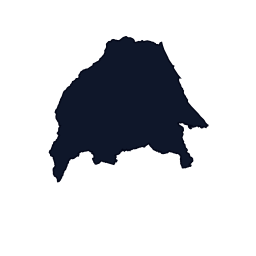 Grey District, West Coast, New Zealand, rotated 131°
{"feature_id": "76426892B91014587529392", "entity_name": "Grey District", "entity_type": "district", "adm_level": 2, "iso_a3": "NZL", "parent_name": "New Zealand", "parent_adm1": "West Coast", "projection": "natural_earth1", "projection_center": [171.596, -42.409], "detail": "fine", "context": "isolated", "style": "filled", "palette": "ink", "viewbox_px": 256, "rotation_deg": 131, "n_neighbors": 0, "source": "geoboundaries", "source_scale": "gbopen_adm2", "svg_char_len": 5828}
<svg xmlns="http://www.w3.org/2000/svg" viewBox="0 0 256 256"><g transform="rotate(131 128 128)"><path d="M73.9,69.3L73.5,69.7L73.7,70.2L73.5,73.1L72.7,75.2L72.4,76.7L72.2,81.0L71.5,84.5L70.6,94.5L69.7,99.7L69.2,100.7L67.9,101.6L67.9,102.2L67.5,103.1L67.2,104.5L66.8,105.4L66.5,105.7L66.6,106.2L66.0,108.3L64.9,109.9L63.7,110.6L63.4,112.0L62.7,112.7L62.7,113.6L62.3,115.2L61.3,116.5L60.5,118.8L59.5,120.7L58.6,121.7L57.7,122.2L56.3,122.4L56.0,121.9L55.5,125.1L53.4,132.5L52.5,134.0L51.6,134.0L51.3,134.3L52.0,134.9L50.3,141.3L49.3,144.0L49.1,144.0L45.7,152.2L43.3,156.3L41.5,158.8L42.6,159.4L44.6,158.9L45.2,159.1L45.9,160.5L46.9,161.7L47.0,162.1L46.5,162.8L46.9,164.0L47.0,165.2L47.8,166.3L48.2,167.7L49.7,170.5L51.8,172.1L52.7,172.5L52.9,173.3L52.7,174.1L52.9,174.6L54.6,174.9L55.4,175.7L55.7,176.5L58.2,178.0L58.9,178.9L59.1,179.7L58.1,180.8L57.8,181.8L57.8,182.8L58.4,185.1L58.9,185.8L59.5,186.2L60.2,187.5L60.3,188.1L60.2,188.9L60.5,189.4L63.0,190.8L67.3,191.6L68.1,192.0L69.1,193.2L69.6,194.3L70.2,195.0L70.7,196.7L71.6,197.5L72.3,197.8L74.0,197.6L75.5,199.1L78.5,199.2L78.9,199.0L80.2,197.6L81.1,197.0L82.0,196.6L84.8,196.1L85.6,195.2L86.6,194.6L88.6,194.0L90.8,194.1L92.0,193.9L94.1,194.4L95.8,193.7L97.7,194.1L98.2,194.5L100.7,195.3L102.1,196.1L102.6,196.0L103.8,195.2L107.8,196.4L109.4,196.7L110.6,197.4L111.2,198.2L112.2,198.5L113.8,199.6L115.4,199.6L115.6,199.9L116.7,200.2L118.4,199.7L120.1,199.6L120.9,199.1L120.9,198.5L121.2,198.1L122.2,197.9L123.8,198.2L124.7,199.3L126.4,199.1L128.0,199.4L129.4,200.1L131.1,199.4L132.8,199.5L134.3,198.9L136.2,199.7L137.7,199.9L139.7,199.5L142.2,200.1L143.8,199.7L147.3,198.2L150.6,197.5L152.0,196.7L153.0,196.6L155.1,195.5L156.9,195.2L158.7,194.4L161.1,193.8L161.4,194.1L162.2,193.9L163.1,193.3L163.7,193.3L164.2,191.1L166.6,189.7L167.8,188.4L168.7,185.5L169.0,185.0L169.0,183.7L170.2,182.8L171.0,181.6L171.0,181.1L170.6,180.6L171.9,180.1L173.4,180.0L175.9,178.0L178.2,177.9L178.4,176.7L178.7,176.3L178.5,175.0L181.0,174.6L182.2,173.9L183.9,174.1L184.6,173.9L185.2,173.5L185.8,173.6L186.2,174.1L187.3,174.5L189.3,173.3L190.4,173.6L190.9,173.1L194.9,171.6L195.6,171.5L196.0,171.9L196.6,171.9L197.9,171.3L198.5,169.1L199.4,168.2L198.7,165.9L198.8,165.4L199.6,164.4L200.1,164.1L200.3,163.0L200.7,162.8L202.4,160.1L203.5,159.1L203.6,158.7L204.3,157.8L205.5,157.7L206.1,157.2L207.0,157.8L208.0,157.4L209.4,156.1L209.9,155.3L210.9,154.6L211.6,153.9L211.8,153.2L212.3,152.3L212.4,151.9L212.0,150.7L212.1,149.3L213.0,147.4L213.6,146.7L214.1,146.5L214.5,145.8L213.5,145.1L212.4,145.2L211.8,145.1L210.2,145.6L209.4,145.6L209.3,145.9L208.6,146.0L208.5,146.4L207.7,146.6L207.0,146.2L206.5,146.3L204.5,147.5L203.6,147.6L202.4,148.3L200.3,148.1L197.3,149.3L196.6,149.3L195.5,150.3L194.5,150.2L193.1,150.5L192.1,151.3L191.6,151.5L190.1,151.2L189.4,151.5L188.3,151.3L187.5,149.9L186.4,149.1L183.0,148.4L182.1,148.0L181.6,147.2L180.0,148.0L179.9,148.9L178.4,148.6L177.9,148.3L177.1,148.4L176.0,147.7L175.8,146.9L174.6,146.1L173.8,145.8L172.8,144.6L172.0,144.3L171.5,143.7L170.9,143.4L170.4,142.3L170.5,141.1L170.0,140.0L169.4,139.5L170.7,138.7L170.7,137.9L170.0,137.3L170.9,135.8L172.3,134.2L172.8,133.9L174.0,134.5L174.4,134.4L175.1,133.0L175.3,132.1L176.0,131.4L176.0,130.4L176.5,129.4L176.5,129.0L175.8,128.2L174.2,127.5L173.7,127.0L170.4,126.8L169.6,125.7L169.6,124.8L168.8,123.6L168.2,123.2L168.5,122.6L168.3,122.2L167.4,121.9L167.5,121.0L164.7,114.9L163.2,115.2L162.4,115.9L161.6,115.3L161.2,115.4L161.0,114.8L159.8,115.1L159.7,115.4L160.1,116.2L159.7,117.3L158.8,118.0L158.2,117.8L157.7,118.2L157.3,118.9L157.1,119.8L154.6,118.7L153.9,118.1L152.6,117.8L152.2,117.9L151.6,118.4L150.9,117.9L149.5,117.9L147.8,118.2L147.6,118.0L147.7,117.7L148.5,117.3L148.4,116.9L147.3,116.3L147.5,115.6L146.6,115.7L146.2,115.0L145.4,115.1L145.1,114.9L145.2,113.4L144.8,113.1L144.4,113.3L143.9,113.0L143.7,111.8L142.7,112.0L141.5,111.0L140.1,110.8L139.5,109.8L137.9,108.4L136.9,108.5L136.9,108.1L136.6,107.8L135.9,107.6L135.6,107.2L134.5,106.9L134.0,106.1L133.0,105.8L132.2,104.9L131.8,103.7L131.3,103.2L130.8,103.2L130.4,103.7L129.6,103.2L125.9,102.2L126.2,101.4L126.1,100.6L126.7,99.9L126.9,97.3L126.7,96.7L127.0,96.4L126.9,96.1L127.3,95.3L127.3,94.2L127.2,93.9L126.9,93.6L126.9,92.7L126.4,92.3L126.6,91.4L125.7,90.4L125.9,89.3L125.3,89.0L125.3,88.4L124.4,87.8L124.8,87.0L124.9,85.9L124.1,84.7L121.7,82.9L121.2,82.9L120.7,82.1L119.9,82.1L119.2,81.7L118.3,81.8L117.9,81.0L117.8,80.1L117.3,79.5L116.7,78.3L116.7,77.7L115.6,75.7L115.4,74.8L114.8,74.5L114.3,73.4L114.0,71.4L114.2,70.8L114.6,70.4L114.5,70.1L114.7,69.2L116.7,68.1L116.8,67.6L117.3,67.6L118.3,66.2L118.9,66.0L118.9,65.5L120.1,64.8L120.9,63.1L120.9,62.8L122.2,60.9L122.1,60.6L120.8,59.5L120.1,58.6L118.9,58.2L117.7,57.2L116.8,57.0L115.9,55.9L115.5,55.8L114.9,56.1L115.0,56.7L115.3,57.0L115.1,58.0L112.4,57.6L111.8,57.9L110.9,57.5L110.1,57.9L109.7,58.5L109.0,59.1L108.7,60.5L109.3,62.6L108.2,63.9L107.6,65.0L107.6,65.6L108.0,66.5L108.0,68.1L107.2,68.6L106.1,68.7L105.8,68.9L105.4,70.3L105.4,71.8L103.4,74.2L103.4,75.3L103.1,75.9L103.2,76.6L101.8,77.3L101.4,78.8L99.8,81.4L96.9,82.4L96.2,83.1L95.7,84.6L95.2,84.9L94.1,84.5L93.6,84.7L91.9,86.4L91.8,88.1L92.1,88.6L92.0,89.2L92.2,90.2L92.6,91.0L91.6,93.4L90.1,92.8L89.6,91.7L88.3,90.9L88.0,90.2L87.4,89.5L87.9,88.3L87.8,87.9L87.3,87.0L87.1,87.0L87.2,86.8L86.9,86.5L86.7,85.7L86.3,85.6L86.0,84.1L87.3,83.0L87.6,81.3L87.4,80.4L87.1,80.2L87.1,80.6L86.7,80.8L86.7,81.1L86.3,81.4L86.0,81.1L86.0,81.5L85.5,81.7L86.0,82.6L85.2,82.8L84.8,82.1L85.2,81.8L84.7,81.8L84.3,81.5L84.5,81.1L84.4,80.6L84.6,80.2L84.4,80.0L84.5,79.5L83.3,78.8L83.1,78.4L81.5,77.8L80.8,76.8L80.3,76.4L80.7,75.7L79.5,75.1L79.2,74.7L79.6,73.9L79.7,73.2L79.4,72.8L79.4,72.4L78.8,72.2L78.5,71.9L77.9,72.2L77.6,72.1L76.8,70.9L76.4,69.6L75.4,69.8L75.0,70.2L74.6,69.6L73.9,69.3Z" fill="#0f172a" stroke="#020617" stroke-width="1.5"/></g></svg>